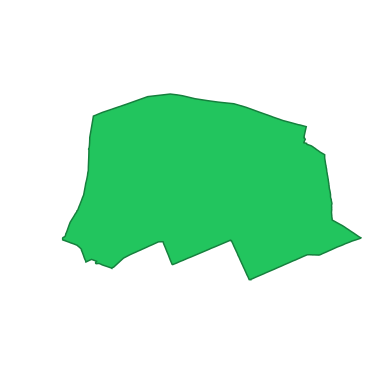 Salcia, Mehedinti, Romania (Equal Earth projection), rotated 157°
{"feature_id": "2599482B75915062228014", "entity_name": "Salcia", "entity_type": "district", "adm_level": 2, "iso_a3": "ROU", "parent_name": "Romania", "parent_adm1": "Mehedinti", "projection": "equal_earth", "projection_center": [22.928, 44.139], "detail": "fine", "context": "isolated", "style": "filled", "palette": "green", "viewbox_px": 384, "rotation_deg": 157, "n_neighbors": 0, "source": "geoboundaries", "source_scale": "gbopen_adm2", "svg_char_len": 4970}
<svg xmlns="http://www.w3.org/2000/svg" viewBox="0 0 384 384"><g transform="rotate(157 192 192)"><path d="M329.0,197.7L328.9,197.6L328.6,197.4L326.9,195.8L324.4,193.5L323.7,192.7L323.2,192.3L322.1,191.3L322.0,191.2L321.0,190.3L320.7,190.0L319.7,189.0L319.1,188.4L318.5,187.8L318.3,187.2L317.1,184.9L316.3,182.9L316.1,182.4L316.5,181.9L316.5,181.0L316.5,179.8L316.7,175.5L316.7,175.0L316.8,174.7L316.9,172.7L316.9,172.1L316.8,170.8L317.0,169.0L312.8,169.2L310.8,169.2L309.7,168.2L306.9,165.5L307.1,165.4L307.4,165.2L308.3,164.7L308.5,164.2L308.4,163.7L308.1,163.4L307.5,163.2L306.5,162.9L305.9,162.7L305.1,162.2L304.5,161.6L304.2,161.3L303.6,160.5L302.6,159.5L299.3,156.6L296.1,153.7L295.6,153.0L295.3,153.3L294.9,153.4L294.7,153.6L293.9,153.4L293.6,153.4L289.6,154.8L288.3,155.3L286.8,155.8L285.5,156.3L280.9,157.9L273.5,158.5L270.2,158.6L267.1,158.6L265.3,158.7L261.8,158.7L260.2,158.8L258.7,158.8L254.7,158.9L252.6,159.0L249.3,159.0L246.4,159.1L242.5,159.2L242.3,159.2L238.7,157.8L238.1,157.5L238.1,157.3L238.2,156.3L238.3,155.7L238.3,151.2L238.4,147.1L238.4,145.0L238.4,143.9L238.4,143.3L238.4,142.7L238.5,140.7L238.6,137.4L238.6,136.4L238.6,133.3L238.5,133.1L238.4,132.9L238.1,132.8L238.0,132.7L236.8,132.7L233.7,132.6L231.8,132.7L229.3,132.7L226.4,132.6L225.5,132.7L224.2,132.6L223.7,132.7L221.1,132.7L218.6,132.6L216.8,132.6L211.7,132.6L209.6,132.6L207.9,132.6L205.5,132.6L200.8,132.6L199.8,132.6L198.2,132.6L196.7,132.7L192.7,132.6L191.2,132.6L184.6,132.6L183.3,132.6L179.6,132.6L176.1,132.6L175.9,132.6L175.7,132.7L175.5,132.1L175.3,132.1L175.1,132.2L174.9,132.1L174.7,131.9L174.7,129.8L174.6,129.1L174.6,125.1L174.5,124.2L174.5,122.7L174.4,121.2L174.4,119.6L174.3,119.2L174.3,118.8L174.3,118.5L174.3,117.4L174.4,115.9L174.2,113.4L174.2,111.8L174.2,111.1L174.2,110.9L174.1,107.5L174.1,106.3L174.0,105.5L174.0,104.8L174.0,103.1L173.9,100.7L173.8,100.0L173.9,99.0L173.8,97.7L173.8,96.0L173.8,94.4L173.6,92.3L173.6,89.0L173.4,88.9L172.8,88.6L172.4,88.4L172.4,88.6L169.3,88.6L166.5,88.7L163.8,88.7L162.9,88.7L160.1,88.7L157.7,88.7L155.8,88.8L151.3,88.8L149.7,88.8L146.3,88.8L142.8,88.9L141.1,88.9L138.4,88.9L135.7,89.0L133.4,89.0L130.8,89.0L126.7,89.1L125.4,89.1L123.5,89.0L120.8,89.1L118.9,89.1L114.8,89.2L113.0,89.2L110.5,89.2L110.2,89.1L109.9,89.0L109.8,88.9L109.2,88.7L108.9,88.6L108.7,88.5L106.5,87.5L105.6,87.0L103.9,86.3L102.9,85.8L101.4,85.1L99.9,84.4L99.5,84.3L99.0,84.2L98.5,84.2L97.3,84.2L96.2,84.3L93.0,84.3L91.4,84.3L89.2,84.4L87.0,84.4L83.4,84.5L79.7,84.6L75.3,84.4L73.9,84.4L73.0,84.4L71.8,84.5L71.0,84.5L69.5,84.4L68.7,84.4L66.7,84.3L64.3,84.3L64.0,84.3L63.8,84.3L63.6,84.3L63.4,84.3L63.2,84.2L62.5,84.2L62.0,84.1L61.1,84.1L60.2,83.9L59.6,83.9L55.5,83.6L54.7,83.6L54.4,83.8L55.7,85.4L58.1,89.2L59.3,91.1L61.6,94.5L62.7,96.3L63.7,97.7L65.2,100.1L66.5,102.0L67.4,103.2L68.1,104.0L69.4,105.7L70.7,107.3L71.6,108.5L73.8,111.3L73.9,111.5L73.3,113.1L73.0,114.5L72.5,115.8L72.2,116.8L71.5,118.9L70.2,121.3L70.1,121.8L69.8,122.5L69.6,122.8L68.6,125.5L67.9,126.3L67.7,126.7L67.6,127.1L67.4,128.0L67.2,129.4L66.7,130.8L66.7,131.2L66.7,131.7L66.7,132.2L66.5,133.0L66.1,134.2L65.6,135.2L65.1,137.0L64.9,137.8L64.6,139.2L64.5,139.7L64.4,140.1L64.4,140.5L64.4,140.9L64.3,141.3L64.0,141.9L64.0,142.4L63.9,142.8L63.5,143.8L63.3,144.4L63.4,144.7L63.2,145.2L62.9,145.8L62.5,147.5L62.0,149.5L61.6,150.6L61.5,151.7L61.3,152.1L61.2,152.6L60.8,154.2L60.8,154.5L60.4,156.1L60.2,156.6L60.1,157.6L59.1,160.8L59.0,161.5L58.8,162.5L58.5,163.5L58.3,164.2L58.3,164.6L58.2,165.0L58.2,165.5L58.0,165.9L56.6,171.4L55.3,174.5L56.3,175.8L56.9,176.6L58.5,178.7L59.4,180.3L60.6,182.1L61.8,184.3L62.6,185.4L62.8,185.9L64.1,187.8L64.9,188.6L67.3,190.7L67.6,191.1L67.5,192.0L68.0,192.3L69.8,193.7L69.4,194.2L68.6,195.0L68.2,195.4L67.1,196.3L67.1,196.5L67.7,197.7L67.7,198.1L67.2,198.5L67.4,198.9L64.1,203.6L61.3,207.5L66.4,211.5L66.9,211.8L67.7,212.3L73.1,216.6L80.3,222.2L87.8,229.0L88.7,229.8L89.0,230.2L99.8,240.1L109.2,248.9L119.0,256.9L130.4,263.2L131.6,263.9L132.4,264.3L141.8,269.9L152.8,276.7L163.1,284.3L166.9,286.7L167.7,287.2L173.8,290.7L195.5,297.1L217.7,298.4L243.5,300.3L253.1,300.4L254.8,297.7L260.6,288.7L264.9,282.0L265.5,280.6L266.8,277.8L268.3,274.8L269.4,272.9L269.7,272.6L270.1,272.3L270.4,271.9L270.5,271.6L270.4,271.1L271.5,268.6L273.1,265.1L274.9,261.3L277.5,255.8L279.2,252.0L279.7,251.4L280.6,250.1L281.7,248.1L283.8,245.0L285.4,242.8L286.5,241.4L287.8,239.3L290.0,236.0L291.7,233.4L293.0,231.5L295.1,229.5L297.0,227.4L298.9,225.5L300.1,224.2L301.5,222.9L303.4,220.9L304.1,220.1L305.3,219.6L306.0,218.7L306.3,218.5L307.8,217.6L310.2,215.8L313.5,213.5L316.0,211.7L318.2,209.4L320.3,207.1L322.5,204.7L323.9,203.3L324.2,203.1L324.7,202.6L325.3,201.6L325.5,201.5L325.7,201.2L326.0,200.9L326.3,200.8L326.6,200.6L326.9,200.5L327.1,200.5L327.5,200.5L328.0,200.6L328.3,200.5L328.8,200.3L329.0,200.2L329.4,199.5L329.5,199.2L329.6,198.9L329.5,198.6L329.5,198.4L329.4,198.2L329.2,197.9L328.9,197.7L329.0,197.7Z" fill="#22c55e" stroke="#15803d" stroke-width="1.5"/></g></svg>